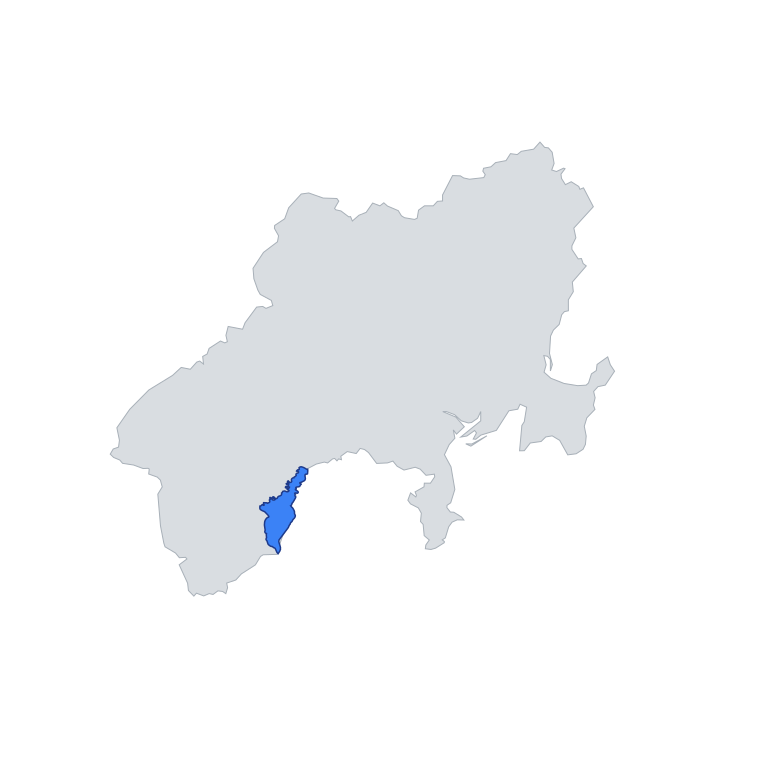 location of Chernivtsi within Ukraine, rotated 313°
{"feature_id": "UKR-288", "entity_name": "Chernivtsi", "entity_type": "Region", "adm_level": 1, "iso_a3": "UKR", "parent_name": "Ukraine", "parent_adm1": "", "projection": "mercator", "projection_center": [26.206, 48.196], "detail": "fine", "context": "in_parent", "style": "filled", "palette": "blue", "viewbox_px": 768, "rotation_deg": 313, "n_neighbors": 0, "source": "natural_earth", "source_scale": "10m", "svg_char_len": 7828}
<svg xmlns="http://www.w3.org/2000/svg" viewBox="0 0 768 768"><g transform="rotate(313 384 384)"><path d="M507.2,515.3L514.8,526.7L521.0,532.6L524.2,532.9L532.9,528.8L538.6,530.1L543.6,526.5L556.4,529.1L552.4,536.4L550.6,543.9L534.1,546.6L528.0,542.3L521.5,542.4L517.9,547.8L511.4,551.5L509.3,555.6L497.6,555.4L489.7,559.3L483.8,567.4L477.2,572.5L472.0,574.1L464.0,572.1L457.5,566.7L462.6,550.9L460.8,542.4L455.6,538.4L449.1,538.1L440.6,531.2L430.9,532.1L427.6,528.7L447.7,513.1L452.1,512.3L464.3,504.1L462.0,497.3L456.8,499.0L449.6,493.6L426.7,497.8L412.7,489.7L406.2,488.8L404.6,486.8L411.3,485.0L411.8,482.0L402.5,480.1L397.5,476.3L423.0,479.9L429.9,473.5L422.8,475.8L415.6,474.3L413.0,472.2L409.8,465.7L409.7,456.5L406.4,448.4L403.9,445.8L408.8,459.1L407.5,471.9L396.8,471.2L397.7,466.0L392.7,472.8L384.2,473.0L373.5,476.4L369.1,489.5L355.2,507.7L342.6,513.8L338.3,512.8L336.5,514.3L335.6,519.8L337.8,522.5L339.6,531.4L339.0,535.2L334.6,530.2L329.4,528.0L323.7,528.7L313.3,533.8L309.7,532.9L310.0,535.5L309.0,536.3L299.2,533.7L295.0,531.2L291.7,526.6L294.8,524.4L300.8,523.5L300.5,516.8L308.0,508.4L308.3,504.5L315.0,499.4L316.8,493.6L314.4,485.1L315.3,480.7L322.5,477.7L323.1,484.3L324.7,483.7L326.3,480.3L336.1,483.4L339.0,481.1L343.1,485.6L350.7,484.4L352.4,482.3L345.9,477.0L346.4,468.5L344.4,463.6L334.7,457.3L332.8,449.7L333.7,443.1L328.7,440.4L320.9,432.8L323.3,419.4L322.8,414.4L320.6,410.5L314.2,411.1L309.5,403.2L301.7,401.7L299.6,404.5L298.3,401.9L295.7,402.0L295.9,398.7L294.2,397.5L287.8,396.6L286.2,393.6L279.3,389.1L270.7,386.1L266.1,389.1L264.0,388.3L260.5,391.2L248.5,390.4L241.2,396.5L231.3,399.2L230.4,403.5L226.8,409.2L204.7,413.0L195.4,417.2L192.3,420.8L186.6,422.1L176.7,412.1L173.7,411.3L164.0,413.3L147.9,409.2L139.6,409.3L131.1,404.7L128.4,408.5L122.8,411.3L122.2,407.4L119.4,403.6L113.5,402.5L111.5,399.1L106.1,396.7L103.1,389.5L99.2,389.6L99.6,381.8L104.4,376.2L112.1,357.5L121.6,359.2L121.9,357.1L117.4,352.8L118.2,346.8L115.6,334.9L117.4,331.6L127.8,317.3L149.2,293.7L157.5,292.0L161.2,286.0L161.3,281.7L157.7,273.3L161.7,270.3L161.4,268.9L157.9,265.5L154.0,256.2L147.7,246.9L148.2,242.6L145.9,236.4L146.0,231.6L151.8,230.3L156.8,232.9L162.4,228.9L169.8,218.5L192.1,215.3L219.3,216.1L246.1,223.5L257.8,224.4L262.7,232.3L272.3,232.1L275.1,233.6L275.5,238.4L280.5,232.6L285.3,234.2L290.8,231.8L303.9,235.1L305.5,239.5L308.1,240.6L311.8,235.2L319.8,230.8L327.6,243.2L334.1,240.6L353.4,238.4L358.0,242.4L358.8,246.1L365.5,249.2L368.3,244.6L365.1,232.4L366.7,227.6L372.2,217.1L379.3,209.3L398.1,206.1L415.4,209.1L420.5,205.8L423.1,197.7L425.4,195.9L437.1,198.7L447.9,194.1L466.5,193.9L472.4,198.7L478.5,212.7L487.5,223.0L486.9,226.2L478.7,228.1L478.5,229.9L481.2,234.5L482.2,244.2L483.6,245.4L481.6,249.7L490.4,250.6L497.4,253.9L508.6,252.3L511.5,259.5L516.4,260.3L516.5,265.1L520.5,276.2L518.9,282.0L519.6,285.6L525.2,294.1L527.9,295.2L534.7,290.7L541.9,292.1L547.9,298.5L554.0,298.5L557.8,302.0L562.2,297.9L583.2,292.0L588.3,297.9L589.0,301.7L592.1,306.9L603.0,316.2L606.1,315.3L607.1,311.1L609.7,309.7L615.8,314.1L622.0,314.6L630.6,320.9L638.7,319.4L642.7,325.0L647.8,325.7L657.8,333.3L667.3,333.1L666.6,340.1L668.8,343.2L668.2,348.9L661.3,358.0L654.9,360.7L657.0,365.2L664.4,368.2L664.9,369.6L658.2,370.3L655.4,373.6L653.5,380.7L659.6,383.0L661.3,391.7L660.0,394.5L663.5,396.1L656.4,416.2L627.5,416.5L621.8,424.6L613.2,427.2L610.6,429.6L607.9,440.7L610.4,442.8L607.9,447.5L608.3,451.4L587.0,452.2L580.6,459.5L571.3,461.4L563.3,468.9L560.0,466.6L555.9,466.7L547.0,471.5L539.0,471.1L532.7,473.1L519.2,484.2L513.0,493.9L507.0,496.8L515.4,488.9L515.8,484.7L513.8,481.5L508.6,489.5L501.8,493.0L502.0,502.2L507.2,515.3ZM416.3,494.6L397.8,489.9L396.0,484.6L400.1,489.2L416.3,494.6Z" fill="#d9dde1" stroke="#a8b0b8" stroke-width="1"/><path d="M241.2,396.5L240.2,397.0L236.3,397.9L235.7,398.0L234.2,398.1L233.7,398.2L232.6,398.8L232.1,398.9L231.5,398.9L231.3,398.8L231.0,400.3L231.1,401.4L230.7,402.9L230.2,404.4L229.7,405.4L229.4,405.8L228.5,406.6L228.1,407.1L227.4,408.7L227.1,409.1L225.6,409.8L224.9,409.9L222.6,409.9L220.6,410.5L219.1,410.3L218.5,410.4L217.6,410.9L215.9,411.1L213.8,411.9L198.3,413.6L196.9,414.6L193.9,419.7L192.5,420.9L192.5,421.0L190.6,421.8L188.2,422.2L187.7,422.3L187.7,421.7L187.9,420.4L189.4,416.9L189.5,416.6L189.5,416.4L189.5,416.2L189.5,415.8L189.4,415.7L189.1,415.1L189.1,414.8L189.0,414.6L189.0,413.6L189.0,413.4L189.0,413.2L188.9,413.1L188.4,412.4L188.3,412.2L188.2,412.1L187.9,411.3L187.9,411.0L187.8,410.2L187.7,409.3L187.7,409.1L187.8,408.5L187.9,408.2L189.4,405.5L189.5,405.1L189.6,404.3L189.7,404.1L189.8,403.8L190.0,403.6L190.6,403.2L190.9,403.1L191.5,402.9L191.7,402.7L193.4,400.8L193.7,400.5L194.0,400.4L194.3,400.3L194.4,400.2L194.5,400.0L194.4,399.8L194.3,399.5L194.2,399.4L194.2,399.2L194.2,398.6L194.2,398.4L194.3,398.2L194.5,397.8L194.7,397.6L195.1,397.2L195.6,397.0L195.9,396.9L196.2,396.6L199.3,392.7L201.7,390.8L202.9,390.2L204.2,389.8L205.6,389.7L206.2,389.7L206.6,389.8L207.3,390.0L207.6,390.2L207.8,390.4L208.0,390.4L208.4,390.3L208.5,390.2L208.7,389.9L208.8,389.5L209.0,388.3L209.2,384.0L209.1,383.5L208.3,381.2L208.0,379.8L207.9,379.3L207.9,379.1L208.0,378.8L208.1,378.4L208.3,378.2L208.6,377.8L208.9,377.5L210.1,376.5L210.5,376.9L211.2,377.1L212.6,377.2L212.9,377.4L213.1,378.6L213.5,378.9L213.8,378.7L214.0,378.4L214.1,377.9L214.3,377.5L215.1,376.9L215.6,377.4L216.0,378.1L216.5,378.5L217.2,379.4L217.3,379.7L217.3,380.1L218.9,380.8L219.4,380.9L219.9,380.8L220.4,380.4L220.8,379.5L221.2,379.2L222.0,379.5L222.3,379.5L222.4,379.3L222.6,378.5L222.7,378.2L223.2,378.0L223.5,378.3L223.6,378.9L223.6,379.8L223.6,379.5L223.3,381.1L223.3,381.6L223.7,382.3L224.2,382.8L224.8,383.1L225.4,383.1L225.8,382.4L225.3,381.7L225.0,381.2L224.9,380.7L224.9,380.0L225.0,379.7L225.9,379.8L226.3,380.5L226.2,381.8L226.4,383.2L227.4,383.8L229.2,383.4L229.8,383.5L230.2,383.6L231.0,384.1L232.0,384.5L232.9,384.6L233.7,384.2L234.4,383.4L235.0,383.6L236.5,383.2L237.1,383.6L238.0,384.3L238.2,384.7L238.7,386.1L239.2,386.7L239.6,387.1L240.1,387.3L240.8,387.4L241.3,387.1L240.9,385.4L241.1,384.7L241.5,384.7L241.7,384.9L241.9,385.2L242.0,385.4L242.4,385.5L243.4,385.4L244.1,385.2L244.0,384.7L243.4,384.2L242.9,383.8L241.7,383.5L241.1,383.1L241.0,382.6L241.7,382.1L242.4,382.2L243.5,383.1L244.0,383.3L244.5,383.4L244.9,383.1L245.1,382.3L244.9,382.0L244.3,381.3L244.2,381.0L244.4,380.5L244.7,380.5L245.1,380.8L245.3,381.3L245.4,382.1L245.7,382.6L246.1,382.6L246.6,381.8L246.6,381.3L246.4,380.6L246.6,380.2L246.9,379.9L247.2,379.8L247.6,380.0L247.9,380.2L247.7,381.2L247.9,382.1L248.3,382.8L248.9,383.1L249.7,383.0L250.1,382.6L250.4,382.0L250.9,381.5L251.6,381.2L252.3,381.2L253.4,381.5L253.9,382.0L254.0,382.1L254.3,381.9L254.5,381.8L254.9,381.8L255.5,382.1L256.9,382.2L257.2,382.2L257.4,381.9L257.8,381.3L258.0,381.1L259.0,381.1L259.4,381.2L260.1,381.7L260.5,381.8L260.8,381.8L261.1,381.7L261.4,381.5L261.6,381.1L261.6,380.5L261.4,380.3L261.1,380.2L260.8,380.0L260.7,379.4L261.4,379.3L262.6,379.5L262.9,379.8L263.2,380.0L263.5,380.2L263.9,380.2L264.2,379.9L264.7,379.1L265.0,378.9L266.3,379.3L267.2,380.2L267.8,381.4L268.3,382.8L269.0,385.9L269.2,386.4L269.3,386.4L268.5,387.4L266.6,389.0L266.1,389.3L265.6,389.1L264.7,388.3L264.1,388.1L263.0,388.7L261.3,390.9L261.1,391.1L259.9,391.7L258.9,391.7L255.5,390.4L254.8,389.9L254.5,389.8L254.1,390.0L254.1,390.3L254.2,390.7L254.2,391.0L254.3,391.5L254.2,391.8L253.8,391.8L253.5,391.8L253.2,391.7L252.7,391.9L251.5,392.2L250.4,391.5L249.4,390.6L248.3,390.1L248.0,390.2L247.9,390.5L247.8,390.9L247.5,391.2L247.3,391.2L246.8,391.0L246.6,391.0L246.3,391.4L246.3,391.9L246.5,392.4L246.6,393.4L246.7,394.3L246.5,394.9L246.2,395.2L245.5,395.3L244.9,395.0L244.6,394.5L244.2,393.9L243.8,393.4L243.2,393.2L243.0,393.6L242.8,394.2L241.8,394.8L241.4,395.4L241.2,396.2L241.2,396.5Z" fill="#3b82f6" stroke="#1e3a8a" stroke-width="1.5"/></g></svg>